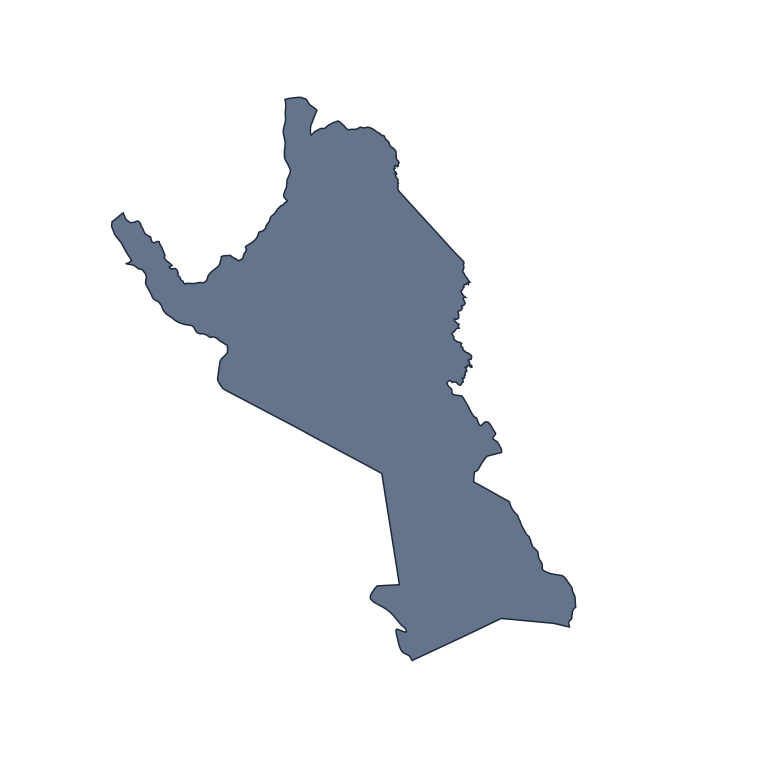 Sotik, Rift Valley, Kenya, rotated 317°
{"feature_id": "3690345B96591011097593", "entity_name": "Sotik", "entity_type": "district", "adm_level": 2, "iso_a3": "KEN", "parent_name": "Kenya", "parent_adm1": "Rift Valley", "projection": "equal_earth", "projection_center": [35.146, -0.766], "detail": "fine", "context": "isolated", "style": "filled", "palette": "slate", "viewbox_px": 768, "rotation_deg": 317, "n_neighbors": 0, "source": "geoboundaries", "source_scale": "gbopen_adm2", "svg_char_len": 6153}
<svg xmlns="http://www.w3.org/2000/svg" viewBox="0 0 768 768"><g transform="rotate(317 384 384)"><path d="M551.6,221.3L551.6,217.8L550.8,214.4L551.8,211.5L552.6,210.5L552.3,208.3L552.3,204.8L553.0,203.8L553.3,202.3L552.4,201.4L551.8,199.7L551.8,197.7L551.1,196.1L549.9,190.3L549.4,188.7L547.8,185.6L545.5,183.9L543.9,183.1L542.2,180.3L541.2,179.8L537.4,178.8L534.0,175.6L531.7,174.0L530.9,172.9L530.7,170.9L530.9,167.9L530.7,164.8L530.4,162.2L529.7,160.2L523.7,157.7L521.3,157.4L520.3,156.8L517.0,156.6L515.8,156.8L514.6,156.4L512.1,154.0L507.1,152.6L505.4,152.2L503.9,152.2L502.4,152.5L500.6,152.4L501.4,150.3L504.7,146.7L506.7,145.2L516.2,140.5L521.6,138.1L521.5,136.0L521.1,133.4L520.5,131.0L520.2,129.2L520.4,127.3L521.3,123.3L521.0,121.7L519.9,120.2L519.1,118.2L517.0,116.0L509.7,110.6L505.6,108.4L504.7,110.0L502.3,113.2L496.6,118.4L492.3,123.5L489.0,126.0L484.2,129.0L481.7,131.5L476.7,139.7L473.9,142.5L469.5,146.2L465.4,150.9L464.5,153.2L463.7,157.3L461.6,163.4L460.0,165.1L458.8,165.8L452.2,168.7L447.3,173.2L445.8,174.1L443.3,175.1L439.4,177.4L438.4,178.9L438.1,184.1L434.1,183.9L432.9,184.1L431.3,184.0L430.0,183.2L428.8,183.5L425.4,183.4L421.3,184.6L420.0,184.7L415.8,184.5L414.2,185.0L410.8,186.9L406.0,187.7L403.9,189.1L402.8,189.4L400.7,189.4L399.1,189.1L396.1,187.6L392.8,189.5L389.4,190.5L387.7,190.7L386.0,190.7L384.7,190.4L383.3,190.6L381.9,190.0L376.8,189.0L375.7,189.8L375.4,191.8L372.6,192.9L370.4,193.4L368.1,194.6L366.8,195.7L365.2,195.7L362.1,195.0L361.5,193.7L361.1,191.9L359.5,187.2L359.4,185.2L354.2,180.9L351.9,179.8L350.7,181.2L347.7,182.8L346.5,183.7L343.9,184.9L341.5,184.9L334.3,184.2L332.6,184.3L329.2,184.9L325.2,187.1L323.6,187.4L320.5,186.5L318.7,184.2L313.6,181.0L308.2,175.6L306.6,175.3L306.3,173.4L307.1,171.8L306.4,169.9L307.7,166.1L307.4,164.6L307.8,163.2L309.1,162.7L310.4,159.2L310.1,157.1L306.7,154.7L306.5,152.0L309.9,152.8L309.5,148.5L308.9,144.7L309.6,141.5L311.6,140.5L314.0,134.2L314.7,132.6L315.5,128.6L316.7,126.7L315.5,125.2L314.2,124.5L313.0,124.4L311.9,123.6L311.3,121.8L312.4,119.2L313.6,117.4L312.3,113.8L311.8,111.5L312.2,109.4L313.2,106.8L314.2,102.7L315.2,100.8L315.5,98.8L315.2,97.0L313.7,96.0L312.4,95.7L308.6,93.3L308.1,91.6L308.0,89.7L307.4,88.0L308.7,84.2L310.0,81.0L306.6,80.6L300.8,80.4L295.9,79.8L292.6,82.5L291.7,84.2L290.5,87.5L289.1,90.6L288.6,94.6L288.1,101.5L285.3,112.5L283.7,121.6L280.0,121.3L277.1,119.8L281.3,125.4L282.1,126.9L283.1,132.6L284.4,134.0L285.1,135.3L285.0,137.3L284.8,139.9L284.3,142.0L283.3,143.6L279.5,146.5L278.4,147.7L277.6,149.3L274.7,160.2L273.8,162.2L273.4,164.4L273.8,166.5L275.1,170.0L275.0,172.1L274.6,175.1L273.5,177.5L272.9,179.5L272.5,183.3L272.8,185.7L274.3,191.9L274.6,195.2L275.9,199.2L278.6,204.2L282.5,209.1L283.5,210.8L283.5,212.9L282.5,216.8L282.3,218.8L283.0,220.7L283.8,221.9L285.9,223.8L286.6,225.0L287.4,226.7L288.4,230.4L289.0,231.8L290.5,232.4L291.8,233.7L292.9,236.6L293.5,241.6L294.4,243.6L294.5,245.1L295.8,248.7L292.8,252.5L290.3,254.6L282.2,254.7L279.4,255.7L266.2,266.4L265.3,267.3L264.5,269.3L263.7,272.7L263.1,277.2L263.8,280.3L290.1,355.5L297.5,377.7L321.4,447.9L258.4,541.3L241.3,527.0L238.1,527.2L231.8,528.7L230.3,529.3L228.6,530.5L227.5,532.0L227.8,536.3L228.1,537.8L230.9,546.1L232.6,552.7L233.0,558.7L232.3,571.5L232.9,578.0L232.1,579.6L230.8,580.5L229.3,578.3L228.4,576.1L226.2,572.0L224.7,572.4L222.9,574.8L217.7,583.8L215.9,587.5L215.0,590.3L214.7,592.2L215.0,594.1L215.5,595.7L216.9,599.1L217.1,600.6L216.0,605.4L272.8,623.8L309.8,635.4L344.9,674.8L353.8,688.2L356.5,684.0L360.7,683.7L362.2,682.9L363.2,681.7L364.7,680.6L366.3,679.1L369.2,677.9L372.1,677.9L374.2,675.1L377.7,671.0L379.0,669.0L380.4,664.5L382.5,661.2L384.1,650.5L384.1,647.5L383.4,645.3L376.6,636.5L375.0,633.4L374.0,630.9L373.4,628.6L373.8,627.0L376.1,624.6L376.9,623.3L377.4,621.8L378.1,617.8L379.5,615.2L381.5,612.6L382.1,611.1L382.0,606.2L381.7,604.8L382.3,603.1L383.0,601.8L383.3,600.0L384.2,599.3L385.1,596.5L385.9,595.0L385.6,590.9L386.6,587.4L388.2,581.0L388.7,579.5L389.6,578.1L390.2,576.5L390.6,574.7L391.5,572.8L392.1,571.2L392.0,566.8L392.5,562.8L393.4,559.8L395.4,555.6L382.8,516.5L390.0,510.1L393.8,511.0L402.1,508.4L408.8,507.1L410.5,507.3L423.3,514.2L424.2,513.3L425.1,512.2L425.7,510.7L427.2,505.0L427.3,503.2L426.2,498.6L427.4,497.5L429.9,496.9L431.0,496.9L432.0,496.2L434.0,486.3L434.3,484.0L433.9,482.3L431.7,480.5L426.6,480.7L425.9,479.6L426.3,477.3L428.0,473.4L428.4,471.6L427.7,470.0L427.7,468.4L428.4,464.5L430.7,456.3L432.5,448.3L432.8,445.8L428.1,440.1L427.1,437.9L430.0,434.0L429.6,429.6L430.4,426.7L431.3,425.9L433.9,425.9L435.2,427.5L434.8,429.3L436.1,429.9L438.1,432.0L437.9,434.4L438.6,436.7L440.0,437.1L441.5,436.3L443.3,436.6L444.5,434.9L445.1,433.0L446.3,434.2L447.5,434.2L448.3,432.7L449.6,432.9L450.6,431.6L451.9,430.5L453.0,431.3L454.3,429.7L454.7,427.2L456.3,428.3L457.4,427.2L458.7,428.5L458.8,430.5L459.6,431.7L460.6,430.8L460.3,428.9L460.8,426.6L461.8,425.8L461.8,423.9L463.3,424.1L464.4,425.4L466.1,424.4L467.2,423.2L467.2,421.3L466.7,419.7L466.6,418.3L465.6,417.6L465.6,415.2L464.8,413.2L465.8,412.2L466.5,410.8L465.9,409.1L466.8,407.9L468.4,407.3L468.2,405.8L466.3,402.9L465.8,400.4L465.8,398.3L467.2,397.2L467.6,395.4L467.6,393.5L469.6,393.3L471.1,393.7L474.2,392.9L475.7,393.3L476.9,394.4L478.2,391.7L479.6,391.5L479.1,390.2L478.7,386.1L479.8,384.4L480.6,385.8L482.1,386.6L483.7,386.7L485.7,384.6L487.1,381.9L488.5,381.4L490.4,382.7L493.3,381.8L493.4,380.0L494.5,379.9L495.5,380.7L496.7,380.8L498.4,380.3L499.3,378.2L499.9,375.6L501.6,375.3L502.8,376.3L502.3,373.4L503.5,368.5L505.8,368.6L507.2,367.5L508.2,367.9L510.4,365.8L511.8,367.3L513.8,366.8L513.7,368.7L515.1,367.5L516.3,368.2L516.4,366.0L516.8,364.2L517.1,360.3L518.0,357.7L518.0,355.9L519.5,354.6L521.8,353.4L523.4,351.0L524.8,350.2L525.7,348.9L525.4,334.6L525.7,316.9L526.4,252.8L528.1,249.3L529.4,249.0L530.3,246.9L531.5,247.0L532.0,245.2L533.6,244.4L534.0,240.4L535.0,239.1L535.4,237.7L536.3,239.1L537.1,238.0L536.9,235.8L537.8,233.5L539.3,233.8L540.0,231.7L541.3,231.9L541.8,234.1L543.2,234.2L544.4,232.8L545.9,232.5L546.5,230.9L546.4,228.8L546.9,227.3L550.9,222.7L551.6,221.3Z" fill="#64748b" stroke="#1e293b" stroke-width="1.5"/></g></svg>